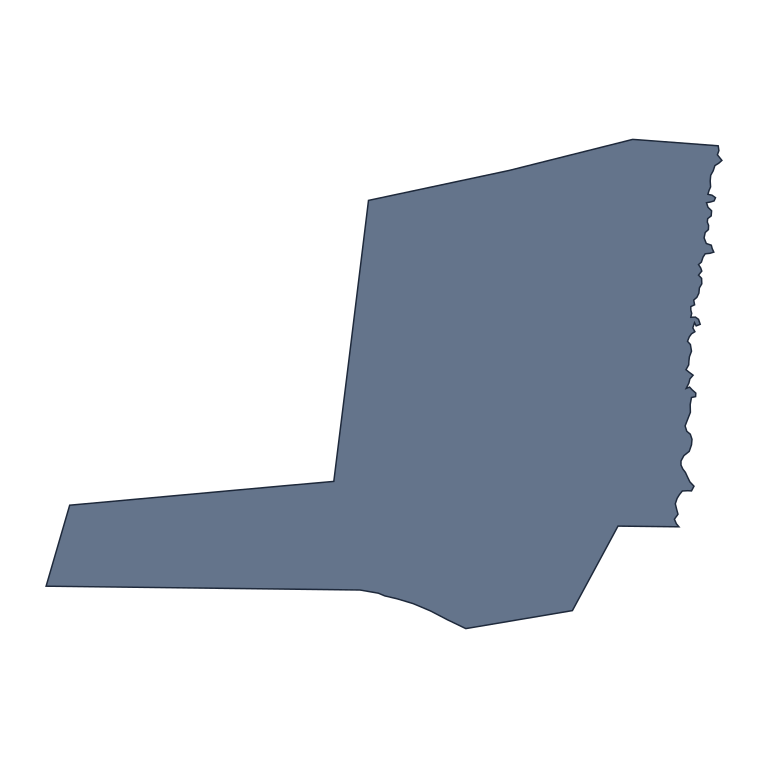 Manoel Emídio, Piauí, Brazil
{"feature_id": "56859067B6824305112078", "entity_name": "Manoel Emídio", "entity_type": "district", "adm_level": 2, "iso_a3": "BRA", "parent_name": "Brazil", "parent_adm1": "Piauí", "projection": "mercator", "projection_center": [-43.851, -8.19], "detail": "fine", "context": "isolated", "style": "filled", "palette": "slate", "viewbox_px": 768, "rotation_deg": 0, "n_neighbors": 0, "source": "geoboundaries", "source_scale": "gbopen_adm2", "svg_char_len": 1618}
<svg xmlns="http://www.w3.org/2000/svg" viewBox="0 0 768 768"><path d="M683.9,455.6L689.2,451.4L690.3,448.3L691.5,444.8L692.0,439.3L690.3,434.2L686.8,431.3L685.1,425.9L690.4,412.3L690.2,404.5L691.5,397.5L695.6,396.6L695.8,393.1L692.1,389.8L689.6,387.1L686.2,388.4L688.9,383.0L689.9,378.9L693.1,375.2L689.2,372.3L686.0,369.7L688.7,364.9L688.9,361.3L689.4,356.8L691.5,351.2L690.4,344.5L687.5,341.3L689.3,336.8L691.5,333.8L694.9,331.7L692.8,327.9L694.5,322.7L696.2,325.9L700.2,324.3L698.5,319.3L695.4,317.1L690.8,317.3L691.7,313.4L690.8,310.0L690.8,306.6L694.6,304.8L693.7,300.1L696.9,297.3L698.9,293.1L699.4,287.9L701.8,283.8L701.6,278.4L698.5,275.1L701.8,271.1L700.7,267.9L698.5,264.6L701.4,262.1L703.0,257.2L705.2,253.8L710.0,253.3L713.8,252.1L712.2,248.6L711.3,245.2L706.3,243.5L704.1,237.9L705.2,232.5L708.4,229.6L708.6,225.4L707.3,222.1L707.7,218.6L711.2,215.9L711.6,210.8L708.0,207.3L706.5,202.7L710.5,202.0L714.1,200.9L715.5,197.7L712.0,195.2L707.9,194.3L709.1,190.3L710.6,186.9L710.2,181.0L710.7,175.3L713.2,170.8L714.9,165.6L718.9,163.1L721.9,160.4L717.4,154.8L718.9,150.6L718.2,145.8L637.2,139.7L632.6,139.4L509.3,170.4L368.5,200.4L365.7,223.4L348.7,361.7L333.8,481.4L285.0,485.7L69.7,505.2L46.1,586.2L359.9,590.0L378.4,593.2L384.8,595.9L397.1,598.8L413.1,603.6L430.2,610.8L447.5,619.8L465.8,628.6L572.4,610.6L618.0,526.1L678.9,526.8L676.4,523.8L674.4,519.2L678.0,514.2L676.8,509.9L675.3,503.8L677.1,498.4L679.3,494.8L682.3,491.0L687.7,490.7L691.5,490.9L694.0,486.2L689.9,481.9L687.7,477.4L685.4,472.4L682.8,469.0L681.0,465.1L681.0,461.0L683.9,455.6Z" fill="#64748b" stroke="#1e293b" stroke-width="1.5"/></svg>